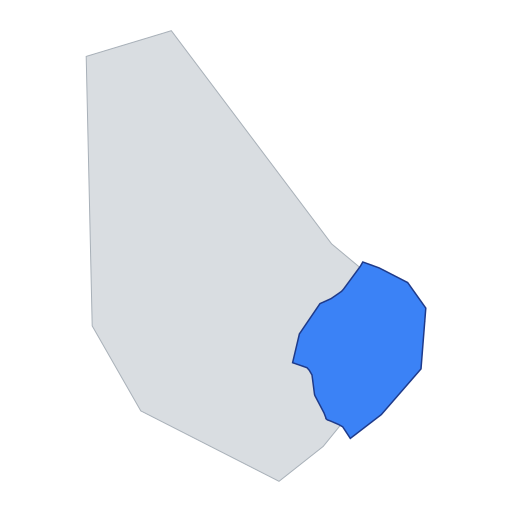 where Saint Philip sits in Barbados
{"feature_id": "BRB-1998", "entity_name": "Saint Philip", "entity_type": "Parish", "adm_level": 1, "iso_a3": "BRB", "parent_name": "Barbados", "parent_adm1": "", "projection": "robinson", "projection_center": [-59.481, 13.137], "detail": "fine", "context": "in_parent", "style": "filled", "palette": "blue", "viewbox_px": 512, "rotation_deg": 0, "n_neighbors": 0, "source": "natural_earth", "source_scale": "10m", "svg_char_len": 622}
<svg xmlns="http://www.w3.org/2000/svg" viewBox="0 0 512 512"><path d="M323.2,446.4L279.0,481.3L140.8,410.9L92.2,325.9L86.2,56.4L171.3,30.7L331.6,243.9L424.7,321.5L323.2,446.4Z" fill="#d9dde1" stroke="#a8b0b8" stroke-width="1"/><path d="M362.8,262.0L379.1,267.9L407.7,282.6L425.8,308.1L421.0,368.9L381.3,414.6L350.3,438.4L342.7,426.8L338.8,424.6L330.0,420.8L327.4,419.9L325.9,418.6L325.9,417.9L324.0,412.9L314.9,395.6L314.5,394.3L312.0,375.0L309.3,370.3L307.0,367.7L292.6,362.7L299.4,333.9L320.0,303.6L331.1,298.6L341.5,291.4L343.5,289.2L360.4,266.2L362.8,262.0Z" fill="#3b82f6" stroke="#1e3a8a" stroke-width="1.5"/></svg>